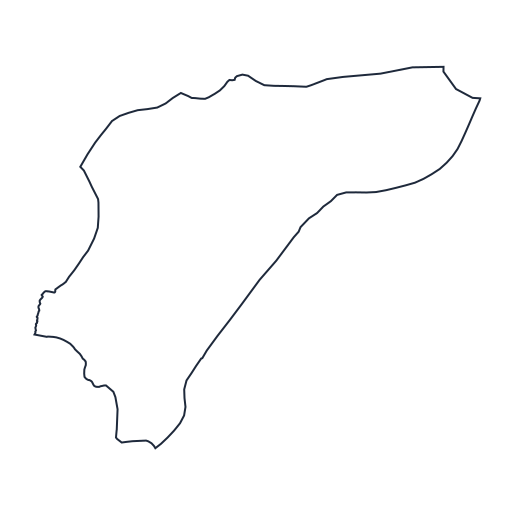 the district of Al Musaymir, Lahij, Yemen, rotated 272°
{"feature_id": "15242507B89977564794878", "entity_name": "Al Musaymir", "entity_type": "district", "adm_level": 2, "iso_a3": "YEM", "parent_name": "Yemen", "parent_adm1": "Lahij", "projection": "natural_earth1", "projection_center": [44.562, 13.43], "detail": "fine", "context": "isolated", "style": "outline", "palette": "slate", "viewbox_px": 512, "rotation_deg": 272, "n_neighbors": 0, "source": "geoboundaries", "source_scale": "gbopen_adm2", "svg_char_len": 3687}
<svg xmlns="http://www.w3.org/2000/svg" viewBox="0 0 512 512"><g transform="rotate(272 256 256)"><path d="M60.4,162.1L65.0,167.6L71.4,173.9L78.6,180.2L86.2,185.9L94.1,189.7L102.7,190.8L111.5,189.5L120.2,188.9L129.2,190.9L136.5,195.5L144.1,200.0L151.6,204.8L152.0,205.9L159.8,210.1L174.8,220.3L191.3,232.2L207.5,243.5L232.4,260.5L252.0,276.4L276.1,293.1L281.8,297.8L286.4,299.5L295.5,307.6L301.1,315.6L307.8,321.6L313.4,328.9L319.9,334.9L322.7,343.9L323.1,354.0L323.3,364.0L324.1,373.7L326.3,383.7L329.0,393.5L331.8,403.0L334.8,412.3L339.0,420.8L343.8,428.6L349.4,436.6L355.9,443.3L362.7,449.0L370.0,453.7L378.0,457.4L386.5,460.9L394.8,464.2L402.8,467.3L411.1,470.6L419.1,474.0L421.4,474.6L421.6,466.9L429.3,451.2L429.8,450.1L446.8,436.9L451.6,436.8L450.0,405.8L442.6,374.1L438.0,336.7L435.2,320.5L434.2,318.3L428.6,305.1L426.9,300.5L426.9,298.4L427.0,288.1L426.9,278.2L426.7,268.0L427.0,258.3L430.9,249.7L435.9,241.8L436.8,236.1L435.1,230.7L433.5,229.0L431.3,228.5L430.8,226.0L431.0,223.3L429.1,221.3L424.7,218.4L420.2,214.1L416.5,208.9L415.6,207.4L413.0,203.3L411.3,199.6L411.3,194.9L411.7,189.5L411.7,186.2L413.4,182.8L416.3,175.2L411.0,167.3L405.3,160.4L400.9,152.1L399.0,142.3L397.6,132.7L394.6,123.6L391.2,114.9L385.9,107.4L378.3,102.0L371.0,96.5L363.7,91.3L351.8,84.1L339.0,77.3L335.5,80.9L335.4,81.0L324.4,87.0L319.4,89.5L308.1,95.8L307.3,96.2L303.8,96.7L289.9,97.3L278.6,96.9L267.8,93.6L255.5,88.0L248.9,83.3L242.3,79.3L235.3,74.8L228.7,69.9L223.4,66.8L223.3,66.6L221.8,64.9L220.7,63.5L220.1,62.5L219.7,61.9L219.0,61.0L218.0,59.7L216.7,58.1L216.0,57.2L215.6,56.7L215.0,56.6L214.5,56.6L214.0,56.6L213.9,56.6L213.4,56.6L212.7,56.2L212.5,55.9L212.4,55.5L212.5,55.1L212.6,54.6L213.4,50.0L213.3,49.3L213.5,48.6L213.5,47.6L213.5,47.0L213.3,46.6L213.1,46.2L212.7,45.8L212.4,45.5L211.9,45.0L211.5,44.7L210.9,44.3L210.5,44.0L210.1,43.6L209.9,43.4L209.8,43.2L209.5,43.2L209.4,43.2L209.1,43.3L208.5,43.9L208.2,44.2L207.9,44.3L207.6,44.2L206.9,43.8L206.5,43.5L206.3,43.2L205.8,42.9L205.5,42.5L204.9,42.0L204.4,41.7L204.0,41.4L203.5,41.4L202.8,41.4L202.0,41.6L201.4,41.8L200.8,42.1L200.2,41.8L199.7,41.4L199.2,41.0L198.7,40.6L197.9,40.4L197.5,40.3L197.0,40.4L196.2,40.6L195.7,40.9L195.2,41.1L194.6,41.2L194.2,41.3L193.8,41.3L193.4,40.9L192.9,40.7L192.4,40.6L191.7,40.5L190.7,40.2L190.2,40.0L189.7,39.9L189.3,39.9L188.7,39.7L188.4,39.5L188.0,39.3L187.8,39.1L187.6,39.0L187.3,39.1L187.1,39.4L186.8,39.7L186.6,39.8L185.9,39.8L185.4,39.8L184.9,39.6L184.5,39.5L184.1,39.5L183.8,39.4L183.5,39.7L183.4,39.8L183.1,39.8L182.7,39.7L182.4,39.4L182.2,39.4L181.9,39.4L181.7,39.5L181.4,39.4L181.2,39.2L180.8,38.7L180.5,38.5L180.3,38.4L180.0,38.4L179.8,38.5L179.5,38.6L179.2,38.7L178.8,38.7L178.4,38.6L178.0,38.5L177.4,38.3L177.0,38.1L176.6,38.0L175.7,38.2L175.3,38.3L174.8,38.4L174.3,38.6L174.0,38.7L173.5,38.5L173.1,38.2L172.8,38.1L172.5,38.1L172.2,38.2L171.5,38.2L169.8,37.4L167.9,49.8L168.2,50.7L168.2,52.9L168.1,54.1L168.1,55.8L167.7,59.3L166.7,63.2L165.4,66.6L163.6,70.2L161.8,73.4L158.9,76.5L157.7,77.5L156.5,78.3L154.3,80.7L152.1,83.3L150.0,84.9L148.7,85.7L147.4,86.4L146.8,87.3L146.1,88.2L145.6,88.5L144.7,89.4L143.7,89.6L142.6,89.7L141.0,89.7L138.5,88.9L136.5,88.4L134.2,88.4L132.5,88.4L130.9,88.6L130.1,88.7L129.1,88.9L127.5,90.4L126.7,91.7L126.2,92.9L126.2,93.9L125.1,95.9L124.6,96.3L124.3,96.6L123.0,97.3L121.7,98.0L120.6,98.8L120.2,99.5L119.7,100.9L119.7,102.3L119.7,103.7L120.4,105.2L120.7,106.5L121.3,108.7L121.4,110.2L121.4,110.6L115.3,118.2L110.8,120.1L110.1,120.4L98.0,123.0L78.6,122.9L77.4,122.9L76.9,122.8L69.7,122.4L68.3,123.6L64.9,128.3L65.7,133.0L66.6,139.0L67.7,152.6L67.0,154.9L65.2,158.1L62.7,160.6L61.5,161.4L60.4,162.1Z" fill="none" stroke="#1e293b" stroke-width="2"/></g></svg>